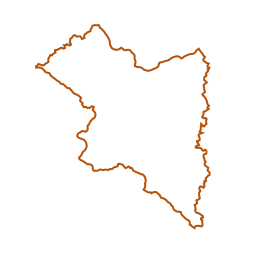 Serra do Salitre, Minas Gerais, Brazil, rotated 265°
{"feature_id": "56859067B6682563181647", "entity_name": "Serra do Salitre", "entity_type": "district", "adm_level": 2, "iso_a3": "BRA", "parent_name": "Brazil", "parent_adm1": "Minas Gerais", "projection": "orthographic", "projection_center": [-46.658, -19.126], "detail": "fine", "context": "isolated", "style": "outline", "palette": "amber", "viewbox_px": 256, "rotation_deg": 265, "n_neighbors": 0, "source": "geoboundaries", "source_scale": "gbopen_adm2", "svg_char_len": 5828}
<svg xmlns="http://www.w3.org/2000/svg" viewBox="0 0 256 256"><g transform="rotate(265 128 128)"><path d="M196.2,41.7L196.0,43.3L196.0,45.3L195.3,47.0L194.1,48.3L192.7,49.6L191.1,50.5L190.3,52.0L189.9,53.3L189.5,54.4L188.4,55.2L187.2,55.3L186.4,56.2L185.3,57.2L184.2,58.6L183.4,59.4L182.5,60.4L181.2,61.7L180.2,63.4L178.5,64.4L177.6,65.9L177.3,67.3L174.8,69.5L173.6,70.4L173.0,71.6L172.7,73.2L171.6,73.9L170.7,74.8L169.6,75.2L168.8,76.2L167.6,76.7L166.6,78.0L166.0,79.3L165.2,80.6L164.3,81.9L162.1,83.9L161.0,83.3L159.9,82.6L158.7,83.0L157.7,83.9L156.8,84.9L155.7,84.3L154.4,85.0L152.6,85.8L152.8,88.0L151.5,89.2L151.6,90.5L151.4,91.7L152.2,92.7L152.8,94.2L152.1,95.7L150.8,95.3L149.9,94.6L148.6,94.7L147.6,95.7L146.4,96.3L145.1,96.8L143.5,96.7L141.8,96.0L140.8,95.0L140.0,93.4L138.4,91.7L136.9,90.5L135.0,89.5L133.8,88.0L132.5,87.8L130.2,87.8L129.1,87.2L128.0,85.6L128.5,83.6L129.0,82.4L128.4,80.9L127.6,79.7L127.2,78.3L126.1,77.3L124.6,76.7L123.3,77.3L122.6,78.2L121.9,79.3L121.2,81.0L120.5,82.3L119.9,83.2L118.6,84.2L117.5,84.8L116.3,85.1L115.2,85.3L114.0,85.3L112.4,84.9L111.0,84.2L110.0,83.5L108.9,82.0L107.8,80.8L105.5,79.4L104.1,78.4L103.1,76.8L101.6,76.7L100.3,77.9L99.3,79.6L98.2,81.2L97.4,82.2L96.5,83.1L95.5,84.5L95.2,86.6L94.5,88.2L93.6,89.0L92.4,89.4L90.8,89.3L88.6,89.8L88.2,91.8L88.1,93.6L88.5,95.2L89.1,96.4L88.8,97.9L88.2,99.4L88.5,101.2L88.3,103.3L87.8,104.9L88.6,105.8L88.6,107.2L88.5,108.4L89.3,109.6L90.2,111.3L90.4,113.1L91.2,114.7L92.6,114.7L93.2,115.9L92.4,118.0L91.9,119.6L90.5,120.3L88.3,122.0L88.8,123.7L89.6,125.1L89.0,126.2L87.9,126.7L87.9,128.3L86.8,128.9L85.4,129.2L84.3,130.7L83.5,132.1L82.0,135.2L80.9,136.5L80.6,138.3L79.3,139.6L77.7,140.6L76.1,140.9L74.4,141.1L72.4,140.8L71.2,140.0L70.0,140.2L68.6,140.0L66.8,139.5L65.3,138.1L64.2,139.4L62.6,141.7L61.9,143.3L61.9,145.1L60.9,145.7L62.0,148.3L61.8,149.8L61.1,151.5L59.7,152.3L58.7,153.6L57.0,154.2L55.4,155.2L55.0,156.9L52.9,159.8L51.6,160.5L50.7,161.4L49.0,163.7L47.0,164.5L46.1,165.6L45.0,165.9L43.4,166.2L42.1,167.0L41.4,168.1L40.6,169.0L40.2,171.4L39.7,173.1L38.4,173.5L37.0,173.9L35.9,174.8L34.5,175.8L31.5,178.8L30.7,180.2L29.9,181.0L28.7,181.2L27.3,181.3L26.2,181.1L25.7,182.4L24.5,183.0L23.6,184.1L22.5,185.7L24.3,186.5L24.5,188.4L24.3,190.5L23.9,191.6L23.6,193.0L24.7,193.6L26.1,193.9L27.8,193.7L29.4,194.1L30.6,192.7L31.8,192.9L32.3,194.9L33.8,194.8L36.5,191.6L37.3,190.1L37.8,188.6L39.2,187.9L40.5,187.7L41.8,188.4L43.9,188.1L45.4,187.6L46.1,189.1L47.1,190.3L50.0,189.9L50.3,191.1L50.8,192.4L51.8,193.4L53.3,193.2L54.4,193.0L55.5,193.1L56.7,193.0L58.0,193.7L59.0,194.6L60.1,194.1L61.5,193.7L63.3,194.6L63.3,196.3L62.0,198.0L63.1,199.1L64.5,199.1L65.8,198.6L67.0,199.6L68.2,199.3L68.4,201.1L70.1,200.8L71.5,201.3L72.4,202.6L73.5,203.6L74.3,205.3L76.6,205.4L78.1,204.1L79.2,203.6L80.3,204.2L81.4,204.5L82.4,203.4L83.1,202.5L83.9,201.5L85.1,201.2L86.3,201.4L87.6,202.5L88.8,201.5L90.8,201.4L92.2,200.7L93.4,200.7L94.9,201.2L95.6,203.7L97.4,204.1L98.6,204.0L99.7,202.8L98.7,201.0L99.9,199.7L101.0,199.4L101.8,198.3L102.1,196.6L102.2,195.3L102.5,193.9L103.7,193.9L104.5,195.6L104.7,197.3L106.3,196.7L107.6,195.7L108.8,195.5L109.0,197.0L109.6,198.3L111.1,198.5L112.6,198.3L113.9,197.7L115.2,197.8L115.9,199.2L116.6,201.5L117.2,199.9L118.1,199.0L119.2,200.0L120.4,200.4L122.5,200.6L124.1,201.0L125.6,201.2L124.4,202.3L123.2,202.8L123.0,204.0L124.3,205.1L125.3,206.6L126.9,206.3L128.7,206.5L130.0,207.1L131.2,206.2L131.0,204.5L132.4,202.8L133.8,203.8L134.8,204.4L136.4,204.4L137.8,204.9L137.8,206.5L138.6,207.5L139.1,208.7L140.1,210.0L140.8,208.9L142.1,209.3L143.1,210.6L143.9,209.8L145.0,209.3L148.7,208.7L150.3,208.0L151.7,207.2L153.0,206.7L153.8,205.6L155.0,205.0L157.2,207.9L158.4,207.7L159.7,207.2L161.2,207.5L163.1,207.0L164.7,207.5L165.5,209.1L166.5,210.5L169.0,208.2L170.8,208.1L172.7,209.0L173.0,210.5L174.1,210.8L175.3,210.4L176.5,211.2L177.2,212.3L178.2,212.9L179.4,212.5L179.7,213.7L181.0,214.3L181.2,213.1L182.4,212.5L183.7,213.0L185.1,214.0L185.7,212.9L186.1,211.6L187.3,210.8L188.4,209.1L189.7,208.9L192.0,210.9L193.0,209.9L193.9,209.2L195.5,208.7L196.5,207.9L199.5,206.0L200.8,205.4L199.8,203.8L199.2,202.7L198.1,202.2L197.2,201.2L196.4,199.7L196.2,198.1L196.2,196.5L195.9,195.0L195.4,193.3L194.8,191.6L194.1,189.9L193.1,188.5L192.6,187.3L193.5,186.4L194.4,185.3L195.2,183.7L195.1,181.5L194.7,179.7L194.3,178.2L192.5,175.2L191.8,173.7L191.7,172.1L191.3,170.2L190.8,168.3L190.5,166.9L190.4,165.6L189.7,164.5L187.2,163.8L186.0,162.6L185.3,161.0L184.8,159.6L184.5,158.3L183.9,156.8L183.4,155.0L183.2,153.4L183.5,152.0L184.0,150.5L184.6,149.2L186.7,147.0L187.4,145.7L187.6,144.2L188.5,141.2L189.3,140.2L190.9,140.5L192.2,141.1L193.5,141.3L195.2,141.0L196.5,140.6L197.6,140.6L198.8,140.9L200.0,140.8L201.2,140.0L202.9,138.3L204.4,137.4L205.5,136.5L205.9,135.2L205.9,133.8L205.6,132.4L206.1,130.8L208.6,128.2L207.4,126.5L206.9,124.4L207.0,122.7L207.4,121.5L207.9,120.3L209.1,118.8L210.9,118.0L212.6,117.4L214.4,117.3L216.0,117.3L217.3,117.0L218.9,116.5L220.3,115.9L221.4,115.3L224.2,113.6L225.6,112.9L226.9,112.0L227.9,111.2L229.2,110.2L230.2,108.8L231.8,108.4L233.0,107.9L233.1,106.5L233.0,105.0L233.5,103.9L232.9,101.5L231.1,100.7L230.1,99.8L229.0,99.3L227.8,99.1L226.9,96.1L225.8,94.6L225.2,93.2L224.1,92.6L222.9,92.2L221.6,92.6L220.9,91.0L220.8,89.7L222.1,89.4L223.4,88.5L223.7,84.5L225.1,83.4L224.9,81.8L223.9,80.8L222.6,79.8L221.8,78.2L220.1,78.0L218.1,77.4L216.9,78.4L215.8,78.3L215.3,77.2L215.9,75.5L216.9,74.4L215.7,73.2L216.0,71.6L214.8,72.1L213.0,72.0L212.7,70.4L213.8,69.2L213.7,67.7L212.9,66.9L212.7,65.5L211.9,64.2L212.1,62.4L210.9,61.8L209.6,62.4L208.8,61.0L208.3,59.6L207.0,58.7L207.5,57.1L205.4,55.7L204.4,54.9L202.6,54.5L200.9,54.6L199.9,53.1L199.4,51.5L198.5,50.5L197.8,49.6L197.9,48.2L198.6,46.8L199.0,45.6L199.6,44.3L198.3,43.4L197.6,41.8L196.2,41.7Z" fill="none" stroke="#b45309" stroke-width="2"/></g></svg>